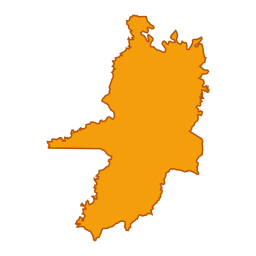 Nova Laranjeiras, Paraná, Brazil (Natural Earth projection)
{"feature_id": "56859067B29997737788268", "entity_name": "Nova Laranjeiras", "entity_type": "district", "adm_level": 2, "iso_a3": "BRA", "parent_name": "Brazil", "parent_adm1": "Paraná", "projection": "natural_earth1", "projection_center": [-52.589, -25.226], "detail": "fine", "context": "isolated", "style": "filled", "palette": "amber", "viewbox_px": 256, "rotation_deg": 0, "n_neighbors": 0, "source": "geoboundaries", "source_scale": "gbopen_adm2", "svg_char_len": 5793}
<svg xmlns="http://www.w3.org/2000/svg" viewBox="0 0 256 256"><path d="M111.7,72.3L112.8,73.1L113.4,76.7L112.3,78.6L109.9,85.4L109.3,86.5L109.5,88.0L110.3,88.9L109.3,91.1L109.5,93.3L108.0,94.6L105.4,95.8L102.5,99.3L101.9,101.0L108.2,104.7L109.3,107.4L110.9,110.0L113.3,111.4L113.9,112.7L114.6,116.5L113.6,118.2L112.6,119.2L109.5,116.9L108.2,117.1L107.2,117.8L106.5,119.3L105.2,121.0L102.4,121.5L101.5,120.2L100.4,120.6L99.8,121.7L99.5,123.4L97.7,123.7L94.6,122.5L92.1,122.1L90.6,122.3L90.5,123.7L86.1,124.7L85.9,127.3L84.5,128.7L82.3,128.6L80.6,129.6L79.2,129.9L77.5,130.7L76.9,132.0L75.5,131.5L73.9,132.3L73.4,130.2L72.1,130.1L71.4,131.5L71.9,133.3L70.9,133.5L71.5,134.6L71.6,135.9L71.1,137.1L69.6,137.6L68.1,138.8L67.3,137.6L66.3,137.9L64.8,137.4L65.1,140.9L63.0,141.0L62.8,139.3L61.2,139.3L61.0,137.7L59.6,137.8L56.7,139.6L53.1,138.9L51.9,139.5L51.8,141.7L47.3,141.6L48.0,143.4L49.1,144.6L49.7,146.0L48.5,146.5L48.5,148.0L100.8,148.7L102.1,149.8L103.2,150.0L105.2,151.2L105.9,152.7L107.9,154.7L109.5,155.8L111.7,156.3L111.2,159.4L109.1,159.4L108.3,161.2L109.5,161.9L109.5,163.6L108.9,165.9L106.2,167.1L103.8,169.4L100.4,170.6L99.2,170.5L99.1,173.2L96.2,176.0L98.5,176.6L98.0,178.9L96.6,178.3L95.8,179.9L94.4,178.5L94.5,180.1L96.9,183.1L96.5,185.1L95.0,185.2L94.9,186.5L93.9,187.6L95.9,188.3L94.7,190.6L95.0,192.1L97.2,193.2L95.7,196.2L96.8,197.0L97.4,198.1L96.1,199.2L95.0,198.2L93.3,196.0L92.1,196.3L93.3,197.4L93.9,198.7L94.0,200.1L93.6,201.9L93.0,203.0L89.4,204.7L88.6,203.6L88.3,201.6L87.7,200.5L86.1,202.0L86.0,203.8L85.1,205.4L83.9,205.9L85.1,207.3L85.9,209.1L82.9,209.0L83.5,212.5L82.4,213.8L84.1,214.3L85.0,215.2L84.7,216.9L83.6,218.3L83.3,220.7L82.2,220.6L82.6,218.8L80.0,216.8L78.5,220.1L77.0,220.8L76.5,222.4L75.6,223.5L76.3,224.5L78.6,223.4L80.3,224.0L78.2,225.3L77.1,226.9L78.9,226.9L80.0,226.5L83.9,226.9L85.3,229.2L86.8,229.6L88.4,230.7L90.4,231.3L92.6,235.1L93.5,237.6L93.4,239.1L94.4,240.6L95.9,240.1L96.1,238.3L99.2,237.0L99.9,234.7L100.9,233.3L101.1,231.8L102.5,228.8L103.8,228.5L107.7,228.3L108.7,227.3L112.7,226.4L116.2,223.2L117.7,223.2L119.9,221.5L121.4,221.1L124.1,221.4L125.1,222.3L125.2,224.5L124.5,226.6L126.5,230.4L128.1,230.5L129.1,228.1L130.7,227.1L130.3,225.4L130.9,224.0L132.9,221.8L134.0,221.3L136.1,219.3L137.2,219.0L138.9,215.1L140.3,214.8L142.2,215.9L143.8,215.7L145.0,215.1L146.6,215.0L147.7,213.4L149.0,213.7L150.6,213.5L152.0,214.3L150.9,209.9L152.5,209.4L153.2,208.0L152.1,206.8L155.5,203.4L156.9,202.7L157.3,201.1L158.9,200.1L159.2,198.0L160.4,197.5L160.7,196.2L160.4,194.6L161.5,193.4L162.1,191.7L161.9,190.1L160.5,190.0L161.0,188.5L162.0,188.0L160.3,184.1L161.7,183.5L162.9,184.5L164.6,183.8L164.4,180.6L163.9,179.2L165.0,177.8L165.8,175.9L165.8,174.3L166.4,172.6L168.7,171.8L170.0,169.3L171.2,168.7L172.5,169.4L173.8,168.6L176.3,169.7L180.5,170.1L184.6,171.7L187.2,171.4L188.7,170.6L190.2,170.7L194.2,172.4L197.1,174.2L198.7,173.9L198.2,172.2L197.1,170.7L197.4,168.6L196.9,167.2L197.9,165.5L198.1,163.0L196.5,161.8L196.6,160.5L197.4,158.9L199.0,156.8L202.2,154.5L202.4,150.9L202.9,149.9L202.4,148.8L202.7,146.9L202.0,143.9L202.6,142.9L202.5,140.6L201.9,139.0L189.5,131.2L190.6,130.7L191.6,129.1L191.7,127.7L192.2,126.6L194.1,125.2L194.7,123.2L195.6,122.0L197.7,120.5L198.2,118.3L198.0,116.3L197.5,115.0L198.5,114.6L201.3,115.4L201.9,114.0L202.2,111.8L200.6,110.9L199.4,111.6L198.4,111.8L198.6,109.5L196.3,107.3L197.4,105.6L198.9,106.0L200.4,105.6L200.6,104.0L200.1,102.3L202.0,101.5L201.5,100.5L200.4,99.4L200.5,98.2L200.0,96.9L201.1,96.9L201.8,98.3L203.4,98.3L202.3,96.6L202.4,94.9L201.2,95.3L201.0,93.8L202.5,93.3L201.6,90.0L203.6,90.1L204.9,91.2L206.6,90.4L207.1,92.3L208.3,92.0L208.7,90.8L208.7,89.5L207.4,88.7L207.9,86.9L206.2,87.7L206.6,85.9L203.0,87.0L202.4,85.6L204.0,83.6L204.0,82.2L203.4,80.2L199.1,78.1L201.0,76.9L201.7,74.7L203.2,74.1L206.0,73.8L207.7,72.9L208.5,71.2L207.7,70.3L204.2,69.9L199.8,66.3L201.0,65.5L203.3,62.8L204.9,62.1L205.1,59.7L205.9,57.7L204.3,57.1L204.2,55.3L203.6,53.8L203.2,49.6L202.3,45.4L201.7,44.2L200.7,43.7L199.0,44.2L197.4,46.4L195.7,46.9L194.8,45.6L198.0,43.4L200.5,41.1L202.0,38.8L201.4,37.2L198.2,39.0L196.4,39.4L193.4,39.4L192.6,40.7L192.6,42.8L191.6,45.0L189.2,49.1L187.9,49.6L186.9,49.1L186.8,44.8L186.1,42.9L183.2,42.3L182.2,41.3L181.0,44.0L179.3,43.7L178.0,42.9L177.0,41.6L176.4,39.7L177.3,36.6L177.5,35.0L176.8,32.6L175.7,30.5L171.4,35.4L170.6,37.1L171.3,38.6L174.3,40.0L175.2,42.0L173.8,42.5L172.2,42.3L170.8,41.5L169.0,41.5L167.9,44.4L166.6,43.7L165.5,41.9L164.4,41.1L163.3,41.4L162.3,42.8L162.3,44.2L165.2,47.9L165.7,49.7L165.1,51.9L163.6,52.4L162.2,51.9L160.2,50.7L157.6,50.1L155.8,49.2L153.8,46.9L151.5,46.8L150.5,46.2L150.4,44.7L151.0,42.5L152.9,40.1L153.0,38.6L152.3,37.6L150.7,36.5L148.9,34.8L147.8,35.2L148.1,38.4L148.9,40.0L148.5,41.7L147.1,40.9L144.7,36.4L143.6,35.5L141.7,34.8L140.6,33.1L142.8,31.2L146.4,32.7L147.5,32.7L148.1,31.5L148.2,29.6L147.3,28.6L147.5,27.4L150.3,27.9L151.4,28.6L153.0,28.7L154.1,27.6L153.3,26.1L150.4,24.5L149.4,22.9L148.3,22.3L147.2,20.5L146.2,16.7L144.1,16.5L138.6,16.8L137.2,15.7L135.9,16.2L134.7,15.4L132.8,15.4L131.9,17.1L130.4,16.9L129.9,18.0L129.8,19.6L128.4,20.9L126.7,20.7L127.0,24.3L128.7,25.6L128.5,27.1L129.6,29.3L131.8,30.6L130.3,31.7L132.3,35.4L133.3,35.6L133.8,37.0L132.0,37.6L133.2,39.3L132.1,39.6L129.4,39.4L128.9,41.1L129.6,44.8L128.5,46.5L130.7,47.0L128.7,48.7L126.3,48.1L126.3,49.5L125.1,50.9L123.1,52.4L121.7,52.8L120.4,53.7L121.4,54.3L122.0,55.6L120.3,55.5L119.4,56.7L118.5,57.3L115.4,57.8L115.7,60.0L114.6,61.0L112.7,61.0L113.4,62.5L114.2,63.5L113.3,65.5L112.4,66.3L113.6,67.2L115.0,69.2L113.4,69.6L113.1,71.4L111.7,72.3ZM83.9,205.9L83.0,204.3L82.2,203.4L81.1,204.3L81.0,205.7L83.9,205.9ZM129.4,39.4L128.7,38.0L128.1,39.4L129.4,39.4ZM80.6,129.6L80.7,128.0L79.7,128.6L80.6,129.6Z" fill="#f59e0b" stroke="#b45309" stroke-width="1.5"/></svg>